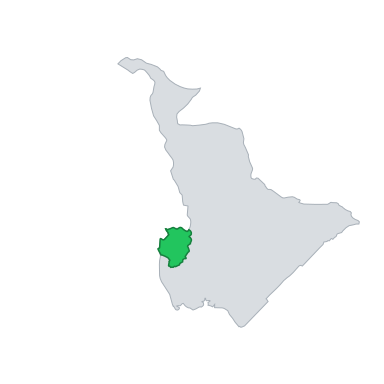 Nord-Ouest highlighted on a map of Cameroon, rotated 314°
{"feature_id": "CMR-1477", "entity_name": "Nord-Ouest", "entity_type": "Province", "adm_level": 1, "iso_a3": "CMR", "parent_name": "Cameroon", "parent_adm1": "", "projection": "albers", "projection_center": [10.325, 6.427], "detail": "fine", "context": "in_parent", "style": "filled", "palette": "green", "viewbox_px": 384, "rotation_deg": 314, "n_neighbors": 0, "source": "natural_earth", "source_scale": "10m", "svg_char_len": 5440}
<svg xmlns="http://www.w3.org/2000/svg" viewBox="0 0 384 384"><g transform="rotate(314 192 192)"><path d="M96.7,258.0L97.5,256.1L102.9,247.0L106.3,232.4L107.8,229.0L109.4,226.7L117.2,218.9L120.1,216.4L124.3,213.6L127.3,207.9L128.3,207.3L129.7,206.8L136.4,202.0L137.0,202.9L137.4,204.1L137.9,204.6L140.1,205.0L143.1,205.0L144.8,204.6L145.7,203.6L146.6,201.0L147.2,200.5L147.9,200.3L151.1,202.2L156.5,207.5L157.9,208.4L158.5,209.5L159.7,214.3L160.3,215.5L161.5,216.0L163.6,215.6L165.8,214.8L167.7,213.5L169.6,212.0L170.8,210.5L171.4,209.4L171.7,205.5L172.1,204.6L179.1,198.9L178.9,198.4L177.8,196.8L176.7,195.0L177.8,193.2L178.8,191.8L182.9,187.1L183.1,183.6L186.3,178.2L188.2,171.1L188.2,169.7L192.4,161.9L196.8,161.1L198.5,160.0L200.5,158.1L201.8,156.2L202.3,154.5L202.8,151.2L203.5,147.4L204.0,144.1L205.3,141.0L207.5,139.4L211.4,138.1L212.0,137.5L212.5,135.5L213.0,128.7L213.7,125.7L217.2,122.3L218.8,117.0L220.1,111.5L224.1,104.7L228.8,98.0L231.0,96.2L232.9,95.4L235.0,95.3L236.5,94.8L241.5,91.4L243.7,90.3L245.2,89.1L245.6,88.1L245.7,86.7L245.2,83.2L246.1,80.7L246.6,76.8L246.8,73.7L246.6,72.7L245.6,70.9L244.1,69.0L241.5,67.9L238.0,67.6L236.1,67.0L235.4,63.5L235.2,61.3L232.7,49.7L237.2,49.7L242.5,51.0L243.9,52.1L244.6,56.0L246.5,58.3L249.9,60.1L252.1,63.9L253.0,69.7L254.9,73.1L255.3,73.7L258.0,80.2L258.2,83.2L258.0,85.3L259.1,87.8L257.5,92.1L257.0,94.8L256.9,98.5L257.9,105.0L259.5,110.1L261.3,114.1L263.2,117.3L266.2,120.8L269.5,124.0L272.6,125.9L269.8,127.2L264.3,127.4L261.2,126.7L259.7,126.7L258.2,127.1L252.4,127.8L246.5,127.6L241.0,126.8L237.7,127.0L235.2,128.9L233.1,131.9L231.2,134.2L231.9,136.8L233.4,138.2L236.2,141.3L238.8,144.3L240.1,146.4L245.2,150.8L250.1,154.7L252.4,156.1L253.2,156.4L255.9,158.6L259.6,162.4L263.1,168.2L267.9,179.9L268.9,180.9L270.6,181.5L270.8,182.8L270.7,184.6L270.2,186.1L266.4,192.3L263.2,194.7L262.2,196.2L261.0,199.7L258.0,206.8L256.7,207.8L253.8,212.5L251.4,218.5L250.8,219.5L249.8,220.2L246.3,221.7L245.1,222.5L243.4,224.4L243.2,225.6L244.0,227.3L245.0,228.6L246.8,228.6L247.8,229.9L247.9,239.1L247.1,240.5L247.1,241.2L246.7,242.8L246.6,244.5L246.9,245.2L247.6,245.8L248.6,247.1L249.1,249.9L250.4,259.9L250.9,261.5L251.9,262.6L255.0,264.7L258.3,267.5L259.3,269.3L259.9,272.4L261.2,274.7L261.2,275.5L260.7,275.8L258.7,276.1L259.4,277.8L261.0,280.8L269.4,290.0L277.4,298.1L279.3,298.7L280.7,298.9L281.3,299.4L282.0,300.5L284.7,303.5L285.2,305.2L284.6,306.9L285.3,309.5L285.7,310.4L285.6,311.2L285.9,314.4L286.7,317.1L287.9,319.4L287.7,321.1L286.2,322.0L285.3,323.5L285.1,325.7L285.6,328.3L286.8,331.3L286.8,333.1L284.9,334.3L282.8,332.2L280.4,330.8L276.9,328.4L273.3,327.6L268.7,327.5L266.8,327.8L263.3,325.8L262.3,325.6L260.7,326.4L259.7,326.5L258.4,326.1L255.8,326.2L255.5,324.8L255.1,324.5L252.3,324.7L251.4,323.5L251.0,323.6L249.9,323.3L247.6,321.6L245.3,322.7L240.3,322.6L215.4,322.8L214.8,321.2L213.5,320.4L211.3,320.4L204.7,320.7L199.6,320.5L196.2,319.9L192.0,319.5L186.8,319.8L181.4,319.8L171.8,319.4L166.6,319.5L166.7,320.5L166.4,321.2L166.1,322.8L132.2,322.8L129.5,321.7L128.6,321.0L128.4,319.6L127.7,319.4L128.3,313.5L129.4,308.7L129.9,304.1L131.5,300.1L130.6,296.0L129.7,294.3L124.5,288.6L126.9,286.4L123.8,286.7L123.1,284.6L121.7,282.1L122.6,281.7L123.5,280.3L126.2,280.7L126.2,280.0L123.8,277.9L124.0,276.8L125.0,275.6L124.5,275.1L122.8,276.3L121.5,276.3L120.6,275.5L119.9,275.4L120.3,277.0L119.3,278.4L118.4,278.9L116.8,278.9L115.5,278.5L115.2,277.7L114.0,277.0L110.6,276.0L107.8,274.7L107.2,271.2L106.1,269.7L105.6,268.0L105.4,266.1L105.8,263.1L105.0,262.6L104.2,262.5L103.0,262.6L101.8,262.4L100.5,260.8L99.3,260.2L100.0,263.2L99.2,264.0L97.2,263.8L96.3,262.6L96.1,261.8L97.1,258.1L96.7,258.0Z" fill="#d9dde1" stroke="#a8b0b8" stroke-width="1"/><path d="M125.2,213.6L127.1,207.6L127.5,207.0L128.1,207.1L128.6,207.3L129.1,207.5L129.7,207.2L135.8,202.0L136.4,201.7L136.7,201.8L136.9,202.2L137.3,204.0L137.5,204.5L138.0,204.9L138.7,205.1L145.1,205.0L145.2,204.5L145.3,204.1L145.5,203.7L145.8,203.3L145.9,203.2L146.1,203.2L146.3,201.2L146.5,200.2L146.8,199.3L147.2,198.6L147.7,199.2L147.8,200.4L148.2,200.8L148.9,201.0L150.6,201.9L152.7,202.7L153.5,203.3L153.9,204.3L154.1,205.4L154.6,206.5L155.4,207.3L157.7,207.7L158.6,208.4L159.1,209.4L159.1,210.6L159.1,211.6L159.2,212.6L159.6,214.5L160.1,215.7L160.5,216.1L161.2,216.2L162.7,216.0L162.9,217.3L162.9,218.0L162.6,219.1L162.4,219.6L161.4,220.6L161.1,220.8L160.6,221.0L160.3,221.0L160.0,221.0L158.0,220.8L157.8,221.4L158.0,222.6L157.6,224.2L157.4,224.5L157.2,224.8L156.9,225.1L155.7,225.7L154.6,226.1L154.1,226.2L153.7,226.8L152.6,226.5L150.8,226.2L150.5,226.2L150.1,226.4L149.9,226.5L149.8,226.8L148.8,229.1L147.8,230.8L147.6,231.0L147.0,231.2L145.7,231.0L145.3,231.1L140.9,231.9L140.5,233.4L140.2,233.7L140.0,233.9L139.7,233.8L139.5,233.6L139.4,233.3L139.2,233.1L139.0,232.9L138.7,232.8L137.6,232.5L137.2,232.4L136.9,232.5L136.7,232.6L135.2,233.8L134.4,233.5L133.2,233.2L132.2,232.9L130.8,233.6L129.2,232.9L127.8,232.4L127.0,232.1L126.7,231.7L126.3,231.0L126.2,230.9L125.9,230.8L125.3,230.9L124.7,230.7L124.1,229.9L123.8,229.6L123.5,229.4L123.3,229.3L123.0,229.1L123.0,228.8L123.2,227.5L123.0,227.2L122.8,227.0L122.8,226.9L122.7,226.9L122.6,226.7L122.7,226.4L123.1,226.0L125.5,224.4L126.1,223.7L126.6,223.6L126.8,223.7L127.1,223.7L127.4,223.6L127.6,223.3L127.7,222.9L127.7,222.1L127.8,221.6L128.0,220.3L126.8,216.4L126.5,215.9L126.2,214.9L125.6,213.9L125.2,213.6Z" fill="#22c55e" stroke="#15803d" stroke-width="1.5"/></g></svg>